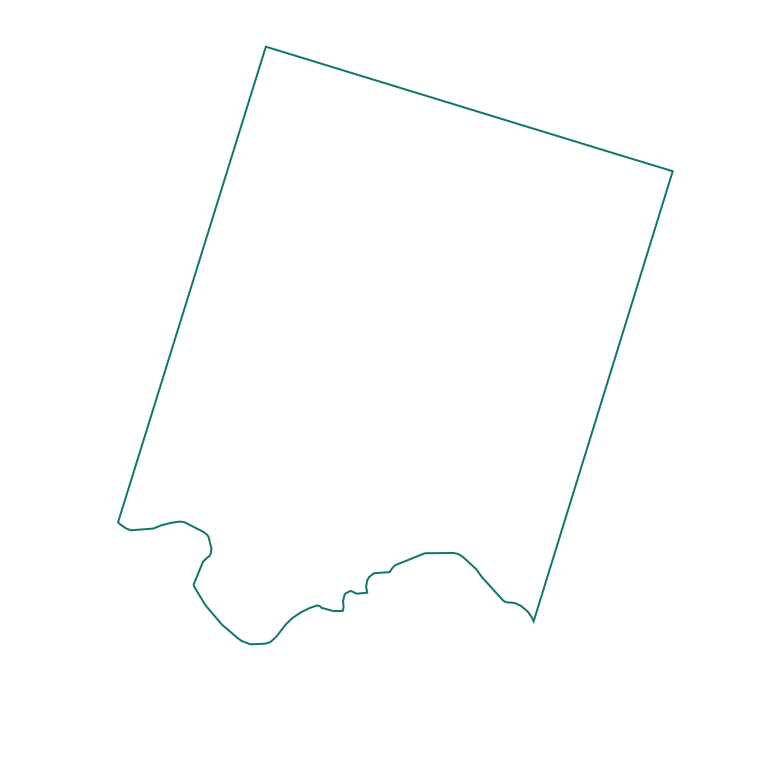 Montague, Texas, United States of America, rotated 197°
{"feature_id": "52423323B98336857110967", "entity_name": "Montague", "entity_type": "district", "adm_level": 2, "iso_a3": "USA", "parent_name": "United States of America", "parent_adm1": "Texas", "projection": "robinson", "projection_center": [-97.721, 33.713], "detail": "fine", "context": "isolated", "style": "outline", "palette": "teal", "viewbox_px": 768, "rotation_deg": 197, "n_neighbors": 0, "source": "geoboundaries", "source_scale": "gbopen_adm2", "svg_char_len": 1075}
<svg xmlns="http://www.w3.org/2000/svg" viewBox="0 0 768 768"><g transform="rotate(197 384 384)"><path d="M595.6,672.0L597.9,174.1L595.7,172.8L588.5,170.5L583.3,170.1L567.5,176.3L562.3,178.3L555.8,183.6L546.8,189.1L539.6,192.5L536.6,193.2L533.8,193.4L531.3,192.9L512.6,189.6L508.6,187.8L507.0,186.3L500.9,176.2L500.2,171.9L500.3,169.5L501.1,167.6L502.0,166.7L505.1,161.3L507.4,136.8L506.7,135.1L489.9,120.1L468.6,106.5L449.2,98.0L444.6,96.6L435.8,96.0L421.7,100.9L417.3,103.9L413.2,110.5L407.8,125.0L403.0,133.6L396.9,141.2L389.6,148.0L383.5,152.5L382.3,152.8L379.8,152.6L378.2,151.7L365.7,152.1L357.2,154.9L357.3,158.5L359.7,164.4L360.1,171.0L359.4,172.6L356.3,175.7L354.9,176.4L348.6,175.5L339.1,179.5L342.0,185.4L342.6,191.2L341.8,195.0L338.3,200.1L323.7,205.7L322.0,210.8L320.4,214.0L295.4,234.1L268.2,242.7L263.3,243.1L258.2,241.8L241.5,233.8L234.0,228.0L207.0,211.9L205.2,211.2L201.8,211.2L198.6,212.2L194.5,212.7L188.2,211.9L180.2,208.5L174.6,204.2L171.5,200.8L170.2,637.4L170.1,671.9L222.7,671.8L595.6,672.0Z" fill="none" stroke="#0f766e" stroke-width="2"/></g></svg>